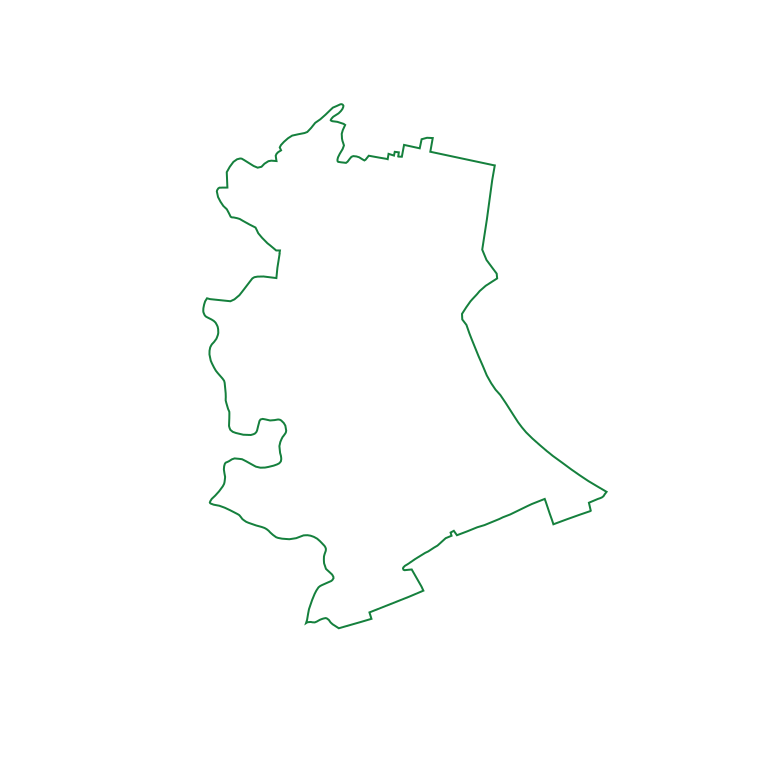 outline of Ninh Bình, Ninh Bình, Vietnam, rotated 32°
{"feature_id": "81297802B33091662264636", "entity_name": "Ninh Bình", "entity_type": "district", "adm_level": 2, "iso_a3": "VNM", "parent_name": "Vietnam", "parent_adm1": "Ninh Bình", "projection": "albers", "projection_center": [105.965, 20.245], "detail": "fine", "context": "isolated", "style": "outline", "palette": "green", "viewbox_px": 768, "rotation_deg": 32, "n_neighbors": 0, "source": "geoboundaries", "source_scale": "gbopen_adm2", "svg_char_len": 5301}
<svg xmlns="http://www.w3.org/2000/svg" viewBox="0 0 768 768"><g transform="rotate(32 384 384)"><path d="M444.6,628.1L445.3,626.6L448.0,624.6L449.6,624.0L451.6,622.9L452.9,621.1L453.8,619.4L454.7,617.8L456.2,615.8L457.3,614.6L458.6,613.4L459.7,613.1L462.2,613.3L465.0,614.5L467.8,615.0L475.1,615.1L490.0,598.6L497.8,589.8L492.7,585.4L518.0,551.1L526.9,538.4L523.1,535.9L505.8,526.6L503.3,528.5L500.1,531.0L499.0,531.2L497.9,530.4L497.6,529.4L498.1,527.1L499.5,524.4L503.3,515.7L508.4,505.4L510.2,502.6L513.2,496.1L515.0,492.7L518.0,482.1L521.7,476.9L519.2,474.7L521.0,471.5L526.0,473.6L532.7,464.8L539.0,456.1L544.0,450.4L553.4,437.3L555.4,434.1L560.2,427.7L570.4,411.4L573.0,407.4L581.2,396.3L584.0,398.5L589.1,402.7L593.1,406.0L598.4,410.2L600.7,412.1L602.0,413.2L610.8,401.8L619.6,390.7L626.2,382.6L626.5,381.9L620.7,376.1L626.4,368.0L627.8,366.3L628.9,364.7L629.6,362.8L629.6,360.6L629.9,357.5L619.0,357.8L609.2,358.0L608.5,358.0L598.2,357.7L588.2,357.2L576.7,356.3L565.1,355.5L560.4,354.9L557.6,354.6L548.3,353.2L538.8,351.6L530.2,349.7L524.0,347.7L518.0,345.4L509.9,341.6L497.3,335.6L488.5,331.7L481.6,329.7L474.6,326.6L466.7,322.3L458.5,316.5L449.3,310.2L434.8,299.7L429.7,295.9L422.6,290.2L416.2,287.8L414.8,285.8L413.0,283.2L413.1,275.4L413.5,268.2L414.0,265.2L415.3,258.6L415.9,254.4L418.2,246.8L421.2,240.4L424.0,234.5L421.1,230.7L415.4,228.5L405.2,224.5L396.1,218.0L383.9,189.6L380.1,181.2L367.7,153.7L362.1,139.9L360.4,140.6L335.4,149.7L300.2,162.5L295.0,149.6L290.0,152.4L286.2,156.5L289.4,165.2L274.3,170.6L278.7,181.8L275.9,183.4L275.5,183.5L273.8,179.7L270.1,181.4L271.4,185.0L265.9,186.4L268.0,191.4L266.9,191.7L260.1,194.5L250.1,198.5L249.5,203.6L248.9,204.8L246.8,204.9L242.8,204.9L240.1,205.6L237.2,207.0L236.0,208.6L235.6,211.3L235.3,214.8L234.6,216.6L230.0,218.8L227.4,219.9L226.4,219.5L225.6,218.3L224.9,216.2L224.5,212.2L224.4,206.7L224.0,204.7L223.6,202.9L221.4,201.0L220.0,199.9L218.2,198.0L216.9,196.1L215.6,194.3L214.5,190.5L213.8,184.9L211.9,184.8L205.5,186.4L200.9,188.5L199.7,188.7L199.0,188.5L198.9,188.0L198.9,186.5L199.3,184.3L201.7,179.3L201.8,179.1L202.1,178.4L202.8,175.4L203.0,172.9L202.7,170.9L202.2,169.6L201.5,169.2L200.8,169.0L199.9,169.1L198.8,169.9L196.5,173.4L194.2,176.7L193.3,180.1L191.7,186.6L189.7,193.3L187.3,198.9L187.2,199.5L186.5,205.5L185.4,210.9L183.6,213.3L179.0,217.6L174.5,222.0L172.4,226.4L170.8,231.7L170.0,236.0L170.2,238.6L172.9,240.4L171.4,243.4L170.9,245.7L171.2,247.8L173.7,250.8L174.7,251.9L170.1,254.3L167.9,256.3L165.9,260.5L165.0,264.7L162.2,267.5L157.9,268.2L146.5,268.2L143.9,268.3L142.5,269.0L140.3,271.3L138.6,275.4L138.1,281.5L138.4,287.7L147.1,300.4L140.4,304.7L139.8,306.0L139.8,308.1L140.2,309.3L144.2,313.4L148.8,316.1L153.5,318.2L158.1,319.1L162.1,321.4L165.3,323.4L166.7,323.3L168.3,322.4L171.6,321.2L174.2,320.5L178.1,320.4L185.6,320.0L192.1,319.4L194.4,320.8L197.5,322.8L203.0,324.6L210.5,326.4L214.1,326.8L221.8,327.9L225.0,325.9L226.2,328.7L226.4,328.7L232.0,341.9L236.6,351.2L224.8,356.7L219.8,360.0L217.6,362.0L217.2,362.6L216.4,364.3L216.0,368.2L214.8,380.9L214.3,385.3L212.3,391.5L209.9,395.2L191.5,404.2L188.5,405.1L188.5,408.7L189.4,412.1L190.7,415.5L192.0,417.8L192.7,418.7L194.1,419.8L195.7,420.8L197.4,421.2L199.0,421.1L203.5,420.7L206.2,420.7L208.6,421.2L210.8,422.4L212.5,423.5L214.3,425.4L216.4,428.5L217.1,430.4L217.5,432.3L217.9,434.4L217.6,438.4L217.0,441.5L217.0,442.8L217.2,445.0L218.4,448.2L220.3,451.4L222.1,453.3L224.7,456.0L227.0,457.6L231.1,460.1L234.3,461.8L237.1,462.8L244.3,465.0L246.7,466.0L248.2,467.4L251.3,471.4L254.6,475.7L256.8,479.0L257.4,480.1L258.5,481.9L260.4,483.7L264.9,487.7L267.5,489.5L268.4,490.8L270.9,494.9L273.3,499.1L274.8,501.7L276.3,503.1L278.0,504.3L281.1,504.7L284.4,504.0L291.5,501.6L295.7,499.2L298.1,497.8L299.8,495.9L300.7,494.6L301.2,492.6L301.0,490.7L299.6,486.5L298.6,483.2L298.0,481.4L298.1,479.5L299.6,477.9L302.4,476.8L306.7,475.3L310.2,472.7L313.0,470.2L314.6,469.5L316.1,469.4L319.7,470.2L322.4,471.6L325.8,475.4L326.4,477.0L326.5,478.2L326.3,481.2L326.1,482.7L326.3,485.0L326.8,488.1L328.2,492.1L332.4,497.5L334.7,499.6L336.1,501.3L336.8,502.4L337.5,504.2L337.4,505.5L337.1,506.9L335.9,508.9L333.7,511.7L329.9,515.6L327.4,517.9L323.5,520.5L319.1,522.0L313.9,522.3L307.9,522.6L303.5,523.0L300.9,524.2L296.7,526.3L294.9,528.5L294.4,529.6L293.5,531.5L292.5,533.1L291.6,534.3L291.3,535.5L291.4,536.3L292.0,538.4L293.4,541.2L296.2,544.5L298.5,547.0L299.4,548.8L300.7,551.6L301.3,553.4L301.5,556.2L301.0,562.5L300.0,568.1L298.8,572.7L298.8,575.4L299.1,576.8L299.8,577.2L300.5,577.2L303.5,576.6L308.9,574.5L314.5,573.3L320.4,572.6L328.8,571.9L330.8,571.9L332.9,572.6L335.5,573.6L337.6,573.8L340.2,573.9L342.7,573.5L350.6,571.7L355.9,570.1L359.0,569.4L361.4,569.3L364.0,569.6L366.2,570.2L369.7,570.8L373.7,571.1L375.6,570.7L379.5,569.2L386.0,565.8L391.2,561.3L396.0,555.0L396.7,554.5L399.2,552.8L402.0,551.6L405.5,550.8L409.3,550.6L413.0,551.2L419.3,552.8L420.9,553.6L422.1,554.6L423.0,556.3L423.8,559.9L424.5,562.1L426.0,564.7L427.1,566.3L428.3,567.9L430.3,569.5L432.7,571.5L434.1,571.8L437.9,572.5L441.0,573.1L443.2,574.3L444.1,575.5L444.1,576.3L444.1,577.7L443.6,579.1L441.4,582.3L437.9,587.5L436.9,589.2L436.2,591.2L436.1,595.0L436.4,598.7L437.5,605.2L439.7,614.7L441.4,619.1L443.8,624.9L444.6,628.1Z" fill="none" stroke="#15803d" stroke-width="2"/></g></svg>